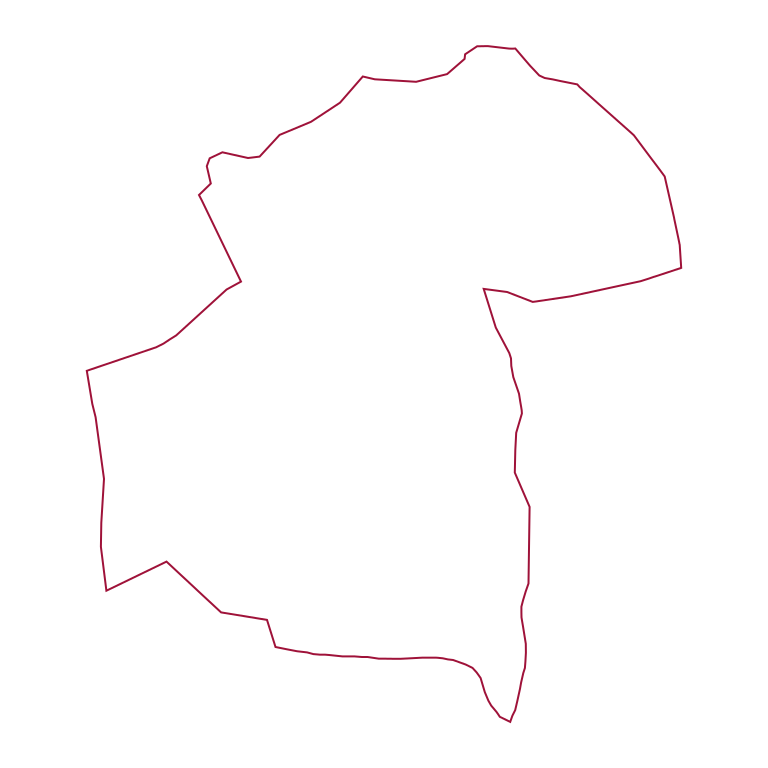 the district of Monabbih, Sa`dah, Yemen
{"feature_id": "15242507B74434260486712", "entity_name": "Monabbih", "entity_type": "district", "adm_level": 2, "iso_a3": "YEM", "parent_name": "Yemen", "parent_adm1": "Sa`dah", "projection": "orthographic", "projection_center": [43.298, 17.17], "detail": "fine", "context": "isolated", "style": "outline", "palette": "rose", "viewbox_px": 768, "rotation_deg": 0, "n_neighbors": 0, "source": "geoboundaries", "source_scale": "gbopen_adm2", "svg_char_len": 2102}
<svg xmlns="http://www.w3.org/2000/svg" viewBox="0 0 768 768"><path d="M515.3,48.5L512.6,48.7L509.2,48.6L487.7,46.1L477.1,46.3L465.1,54.3L464.6,58.9L447.1,74.1L416.1,81.8L408.1,81.3L374.8,79.3L362.8,76.5L340.0,102.7L311.0,121.8L281.8,134.0L279.6,134.9L259.6,156.6L251.5,157.6L248.0,158.0L222.4,152.3L209.7,158.3L206.8,166.2L210.8,183.5L199.0,195.0L201.8,200.4L241.0,281.6L240.1,282.1L237.9,283.3L226.6,289.5L176.2,335.4L173.5,337.1L169.8,339.4L163.5,343.6L155.9,347.4L155.3,347.6L154.9,347.7L86.8,370.8L92.3,403.9L95.6,417.2L104.0,478.9L101.3,522.8L100.9,546.8L106.4,590.7L166.5,561.6L179.6,573.8L203.1,595.7L221.1,612.4L267.0,619.9L275.5,647.0L286.4,649.2L296.3,651.1L296.8,651.2L297.5,651.3L307.1,652.4L313.4,654.1L317.0,654.4L320.3,654.7L325.4,654.7L329.1,655.0L342.5,656.4L347.6,656.4L354.5,656.4L361.9,657.0L367.6,657.0L379.0,658.7L386.4,658.7L394.4,658.8L400.6,658.8L408.6,658.4L421.7,657.7L426.8,657.7L436.5,657.7L438.0,657.8L442.8,658.3L447.9,659.4L453.1,660.0L465.6,664.5L472.5,667.9L476.6,672.4L478.7,675.3L479.6,676.6L480.6,678.0L484.8,692.1L487.8,699.3L488.1,700.0L488.4,700.7L491.2,705.6L496.4,711.8L498.1,714.2L499.8,716.8L510.2,721.9L512.4,715.7L515.2,710.1L517.3,701.1L520.0,688.8L521.1,682.6L523.3,673.0L524.9,668.0L525.4,661.8L525.9,652.8L525.8,643.8L523.1,627.0L522.2,621.7L521.5,617.4L521.4,612.3L521.4,606.7L523.0,600.5L525.7,591.5L528.5,583.5L529.6,506.9L514.8,472.6L515.3,450.2L516.2,432.8L521.9,413.5L521.7,410.3L521.6,409.7L521.1,406.6L520.3,402.0L519.0,393.7L513.3,377.1L511.3,366.0L511.0,358.4L509.4,353.4L509.3,353.1L495.8,327.6L483.7,288.9L507.1,292.0L532.7,301.9L533.5,301.8L536.6,301.4L537.8,301.2L570.8,296.3L620.7,285.5L640.6,281.2L648.5,278.7L654.3,276.7L654.8,276.6L681.2,267.9L679.7,244.8L679.4,243.6L679.3,242.9L678.3,238.0L674.4,219.6L674.3,219.2L674.1,217.9L664.7,176.5L660.0,170.1L656.7,165.7L650.5,157.5L633.9,135.3L631.5,133.1L598.4,103.7L598.2,103.5L585.3,92.0L579.7,87.1L577.3,84.4L560.2,81.0L552.8,79.4L544.7,78.0L539.3,75.5L538.9,75.1L530.8,66.5L530.2,65.9L524.7,59.5L523.0,57.5L518.9,52.7L515.3,48.5Z" fill="none" stroke="#9f1239" stroke-width="2"/></svg>